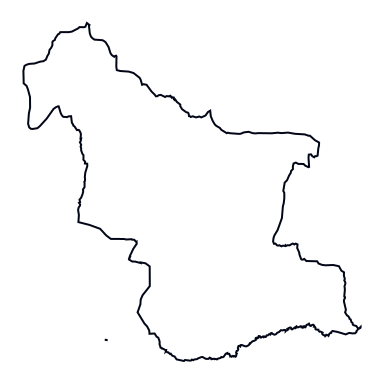 Shinyanga, Shinyanga, United Republic of Tanzania
{"feature_id": "72390352B3732768371218", "entity_name": "Shinyanga", "entity_type": "district", "adm_level": 2, "iso_a3": "TZA", "parent_name": "United Republic of Tanzania", "parent_adm1": "Shinyanga", "projection": "natural_earth1", "projection_center": [33.123, -3.598], "detail": "fine", "context": "isolated", "style": "outline", "palette": "ink", "viewbox_px": 384, "rotation_deg": 0, "n_neighbors": 0, "source": "geoboundaries", "source_scale": "gbopen_adm2", "svg_char_len": 5940}
<svg xmlns="http://www.w3.org/2000/svg" viewBox="0 0 384 384"><path d="M29.2,127.4L30.7,128.7L32.4,129.0L37.4,128.2L40.0,126.0L46.7,118.6L53.5,109.0L55.9,107.2L58.2,106.3L58.7,106.3L60.6,112.8L61.7,115.1L63.2,116.8L67.0,117.1L68.5,116.4L71.1,116.2L71.9,122.8L73.1,124.5L73.3,125.6L74.4,126.3L77.0,130.1L78.5,129.9L79.3,130.4L80.7,133.1L80.9,134.7L80.5,138.6L81.2,138.5L80.7,141.1L79.9,142.2L81.2,144.8L80.6,146.7L81.1,147.8L81.2,150.5L82.4,153.8L83.5,155.2L83.4,159.7L85.1,161.7L84.9,163.5L87.2,163.7L87.3,166.1L85.3,172.6L84.8,177.1L85.1,179.1L84.8,181.4L84.3,181.9L84.6,183.4L84.5,187.3L83.0,189.4L83.2,191.6L82.4,194.6L81.1,197.8L79.5,199.6L80.1,202.2L79.0,202.8L80.1,204.5L80.0,205.6L78.7,207.4L78.1,209.9L78.9,215.1L78.4,222.1L89.4,224.9L100.1,228.8L106.2,235.4L110.8,238.9L124.1,239.0L126.2,239.5L131.3,239.2L131.3,239.4L132.4,239.7L134.3,239.8L136.4,242.2L136.6,242.0L136.7,243.8L133.3,248.8L130.0,255.8L129.4,257.6L129.8,257.5L129.0,259.5L132.2,261.5L135.2,261.6L140.8,263.1L140.7,262.4L145.5,263.3L149.7,266.4L149.8,286.1L142.6,295.2L140.7,299.6L140.4,304.3L137.6,312.3L144.4,323.5L147.1,326.4L149.2,330.4L149.5,333.8L154.6,333.5L156.6,336.7L158.3,337.7L159.4,340.7L159.7,342.8L159.5,344.0L160.6,347.7L161.7,347.9L162.0,348.6L163.5,348.9L165.4,350.2L166.1,350.1L165.8,351.4L166.1,351.1L167.2,352.3L168.2,352.3L170.1,354.1L170.8,353.7L172.3,355.7L174.6,356.5L176.6,359.4L183.5,360.9L184.0,361.0L185.0,360.0L189.8,360.6L191.1,360.5L191.9,359.6L193.2,360.2L194.2,359.5L197.2,359.1L198.0,358.4L201.7,357.0L202.8,357.1L205.9,358.9L208.4,358.9L209.4,357.9L209.9,358.2L210.0,357.8L211.4,358.5L211.6,359.2L213.9,358.7L214.5,359.2L215.9,358.9L217.0,359.4L218.0,358.6L220.7,357.9L221.3,357.0L222.9,357.2L223.8,356.6L225.7,353.8L227.4,353.0L227.6,353.9L229.3,353.9L230.2,356.4L230.8,356.0L231.7,356.7L232.9,355.9L233.8,356.5L234.3,356.0L235.5,356.7L236.2,356.0L236.4,353.9L236.8,353.6L236.1,352.7L236.6,351.0L237.8,350.5L238.3,349.1L237.8,348.0L238.5,346.0L239.2,345.8L240.3,346.5L240.7,345.1L241.8,345.0L245.2,346.3L246.5,346.3L248.2,345.5L249.8,344.1L249.6,343.4L250.0,343.0L250.7,343.0L252.5,341.3L254.3,340.8L256.0,339.7L255.6,338.5L255.8,338.0L257.1,337.6L257.4,338.0L258.0,337.3L258.3,337.8L258.7,337.5L259.4,336.7L259.2,336.1L259.9,336.2L261.0,337.6L262.7,336.6L263.6,337.2L264.1,336.4L265.1,337.0L265.8,336.9L266.6,335.4L267.7,335.4L269.1,334.2L270.3,334.6L270.7,333.3L271.8,333.0L272.2,333.7L274.4,334.7L276.0,334.2L277.1,332.9L279.2,331.9L280.9,330.2L282.6,330.4L284.2,329.9L286.3,330.2L285.6,330.6L285.6,331.1L286.1,330.5L286.7,330.5L288.4,329.4L288.4,329.0L287.8,328.6L289.9,327.5L290.9,327.7L291.4,329.2L292.1,329.4L294.8,327.5L295.3,328.2L295.8,327.9L295.7,327.1L296.5,326.3L297.4,327.3L298.2,327.3L300.8,326.2L301.4,327.3L302.4,326.8L302.9,327.7L303.8,327.4L303.7,326.3L304.2,326.1L305.5,327.1L306.6,324.9L307.4,324.5L308.1,324.7L309.0,323.7L310.3,325.9L311.2,325.8L312.0,325.0L313.2,324.7L313.7,325.0L314.3,326.0L314.0,326.7L314.9,326.8L315.5,327.9L315.4,329.0L315.9,329.5L318.4,329.7L318.6,330.8L319.5,331.7L320.6,331.6L322.6,332.6L322.1,333.5L322.3,334.0L323.4,335.1L324.7,335.3L325.1,336.1L326.2,334.8L326.9,335.3L327.9,335.0L328.5,335.7L329.3,333.9L330.1,333.2L331.2,332.9L331.3,332.0L332.5,331.0L337.4,331.9L345.7,334.4L349.2,332.9L352.3,333.4L355.0,333.3L356.4,332.1L356.4,331.3L358.1,329.1L360.3,328.0L360.6,327.4L360.6,326.9L359.4,328.1L358.0,328.4L356.3,326.0L353.3,325.1L352.8,324.5L352.6,323.0L351.4,322.0L350.7,319.5L349.5,318.8L349.4,317.9L348.4,316.4L346.9,315.3L345.1,312.4L345.9,309.8L343.9,301.3L344.0,300.0L345.1,297.6L344.8,296.7L344.3,296.5L344.3,295.9L344.9,289.6L344.5,286.3L345.4,283.6L345.2,282.0L344.3,280.5L344.8,278.8L343.9,275.7L344.0,272.3L341.4,270.7L338.9,266.2L333.2,265.0L325.5,265.3L322.1,264.9L318.5,263.5L317.2,261.3L306.4,261.0L304.2,258.9L303.0,259.6L301.7,259.6L301.1,259.0L299.6,255.0L299.1,252.3L297.2,248.0L297.5,244.4L295.7,243.6L294.3,244.5L293.4,243.8L292.5,243.6L289.5,245.4L287.7,245.2L285.8,246.0L285.4,245.3L284.9,245.9L282.6,245.7L281.4,246.3L279.5,245.3L278.0,245.6L277.0,245.3L275.4,243.6L274.0,243.8L273.1,241.5L273.5,238.1L274.3,235.6L277.6,230.1L281.9,218.1L282.9,206.2L283.7,203.4L284.3,198.3L284.3,192.9L283.3,190.9L284.7,182.6L287.1,180.2L289.1,175.5L290.7,173.0L291.2,170.8L292.9,169.2L292.9,166.3L293.6,163.5L295.8,162.6L298.3,163.9L303.6,164.0L305.0,165.5L308.4,167.2L309.1,166.9L308.5,157.6L308.8,154.6L311.1,154.4L312.2,156.1L314.2,157.3L315.2,156.1L316.6,156.2L317.6,155.6L318.3,148.5L319.0,145.4L319.1,142.5L315.1,140.3L309.9,135.7L308.8,135.8L304.7,134.4L295.0,133.8L288.1,132.6L281.6,133.1L277.8,132.7L271.6,133.3L258.2,133.1L255.6,133.4L252.9,133.2L248.6,131.8L243.9,132.4L240.8,133.7L239.1,133.9L229.8,133.2L227.8,132.7L226.8,133.2L221.4,129.9L219.8,127.9L216.2,125.8L214.8,124.4L212.7,120.9L210.8,116.2L210.2,110.7L208.0,112.0L205.5,115.5L201.3,117.4L199.3,116.5L196.1,117.4L192.7,116.3L190.8,117.0L189.8,116.2L189.0,116.1L188.6,113.5L188.0,112.7L186.2,112.2L182.1,109.2L180.2,106.1L180.3,104.6L176.8,101.9L175.8,100.2L174.8,100.2L174.9,99.2L173.9,99.1L173.9,97.6L172.9,97.3L172.0,97.8L171.4,96.6L170.5,96.7L170.2,95.8L168.8,96.3L166.5,96.1L165.1,97.0L160.8,94.9L158.7,95.2L157.3,96.2L155.9,96.3L154.7,94.6L151.5,91.5L146.6,84.8L143.6,84.2L142.1,84.8L140.7,79.8L139.6,77.8L133.5,73.0L128.7,71.6L120.2,71.0L116.8,70.1L116.3,66.6L116.5,56.4L116.1,55.7L115.0,56.0L114.2,56.8L111.8,55.1L110.4,53.0L108.6,47.1L105.6,42.2L103.7,40.8L102.4,40.2L94.4,39.6L92.2,38.0L90.9,36.5L89.8,33.4L88.9,25.4L89.4,25.0L86.9,23.0L85.4,26.7L84.2,27.2L79.5,27.1L78.1,28.4L71.9,31.6L69.0,32.1L60.3,32.1L59.2,33.8L58.0,34.3L55.4,38.1L54.8,40.0L53.0,41.1L52.4,42.0L52.4,45.4L51.1,47.9L49.5,49.9L48.8,53.7L47.4,55.9L45.9,59.6L43.4,61.2L40.0,61.7L34.6,63.5L29.1,63.9L26.4,64.8L24.5,65.9L23.4,70.8L23.7,83.4L26.6,85.9L27.9,89.3L30.0,97.0L30.1,107.7L28.9,113.3L28.1,123.8L29.2,127.4ZM106.1,339.8L104.8,339.8L107.6,340.3L106.1,339.8Z" fill="none" stroke="#020617" stroke-width="2"/></svg>